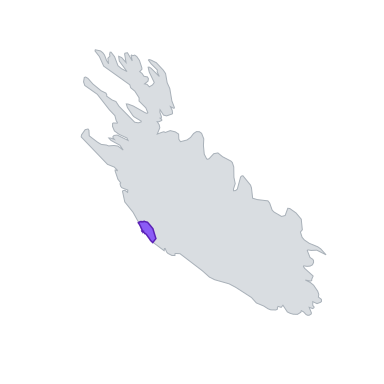 location of Mýrdalshreppur, Suðurland, Iceland, rotated 48°
{"feature_id": "244011B6689541001554", "entity_name": "Mýrdalshreppur", "entity_type": "district", "adm_level": 2, "iso_a3": "ISL", "parent_name": "Iceland", "parent_adm1": "Suðurland", "projection": "natural_earth1", "projection_center": [-19.16, 63.515], "detail": "fine", "context": "in_parent", "style": "filled", "palette": "violet", "viewbox_px": 384, "rotation_deg": 48, "n_neighbors": 0, "source": "geoboundaries", "source_scale": "gbopen_adm2", "svg_char_len": 5440}
<svg xmlns="http://www.w3.org/2000/svg" viewBox="0 0 384 384"><g transform="rotate(48 192 192)"><path d="M299.3,140.5L302.8,140.6L308.6,139.2L316.9,135.2L320.4,134.4L328.4,134.4L318.7,138.2L315.2,142.5L312.6,144.6L312.6,145.5L319.6,148.1L322.9,147.3L324.3,147.6L325.7,148.8L326.7,151.2L326.1,153.8L324.2,156.3L321.6,158.4L322.0,159.1L324.2,159.4L335.5,158.2L336.9,161.3L337.9,162.3L337.6,163.4L333.2,166.7L338.5,164.6L342.7,164.0L349.9,165.0L352.9,166.3L354.7,168.4L358.3,167.7L359.9,168.9L360.0,170.2L358.6,173.8L354.3,175.6L357.0,178.1L359.2,178.2L359.6,178.8L359.4,180.3L356.1,182.1L361.6,184.1L362.4,184.9L362.1,187.1L361.2,188.4L359.6,189.2L355.7,189.3L353.3,190.2L354.2,191.6L353.5,195.5L350.5,198.6L347.7,200.3L344.9,201.4L337.0,200.2L337.4,202.9L334.6,204.6L335.2,206.1L336.2,206.8L335.8,208.6L332.3,212.3L329.8,213.6L324.7,215.0L317.5,218.4L310.2,218.4L292.1,223.3L285.0,225.9L272.3,233.9L266.9,236.0L257.6,237.0L229.8,242.2L226.7,245.3L226.5,246.0L227.8,247.2L225.7,249.4L221.5,251.0L219.5,251.0L216.0,249.7L215.6,250.3L217.0,252.0L203.3,254.7L184.4,253.3L167.7,249.4L154.4,248.6L145.0,243.2L144.8,242.4L145.8,240.8L149.2,240.1L147.6,238.4L141.9,241.3L140.1,241.2L137.7,240.0L137.6,238.9L132.9,238.5L124.8,235.0L124.2,234.3L126.2,233.2L125.8,232.9L121.4,233.1L114.9,236.3L76.9,237.5L75.6,235.8L74.2,229.7L75.6,227.1L77.2,227.3L81.5,230.8L91.7,228.9L95.9,227.6L99.8,224.2L102.0,223.1L105.2,218.9L108.3,216.3L114.8,215.1L109.0,214.3L99.4,217.7L96.2,217.7L97.7,216.2L101.0,214.5L98.8,214.4L97.9,213.7L97.8,212.1L99.6,209.5L110.9,205.0L108.3,204.2L100.4,207.6L94.7,208.8L90.1,207.2L87.9,205.1L88.1,204.2L90.8,201.5L90.4,200.9L88.5,200.7L83.6,198.2L75.6,198.4L56.0,197.0L41.1,200.4L37.6,198.9L34.8,195.4L35.4,194.1L38.0,193.3L45.3,193.4L56.0,191.8L60.9,189.8L62.8,190.3L63.6,191.3L70.2,189.8L73.8,188.0L79.6,188.9L101.8,187.9L104.7,185.6L105.9,182.9L105.4,182.3L97.2,184.8L95.4,184.8L86.0,183.5L82.6,181.9L83.8,180.7L88.8,178.1L101.6,173.8L103.4,172.9L103.6,171.8L98.6,170.0L89.0,170.5L86.6,168.3L78.8,167.0L73.5,167.8L70.7,166.5L39.4,173.4L29.4,170.2L22.3,169.7L21.6,168.7L25.9,165.6L28.8,165.1L31.7,165.4L37.1,167.5L40.9,168.2L36.3,165.0L36.1,162.0L34.7,161.3L33.3,159.3L33.9,158.6L39.6,159.0L48.6,162.5L53.1,161.9L59.0,159.7L46.0,158.4L42.1,155.7L45.0,154.3L51.7,154.4L44.3,149.7L44.0,148.9L45.3,146.8L54.6,148.7L49.8,145.9L49.7,145.3L51.1,144.8L51.9,143.0L54.3,142.4L59.0,143.0L66.2,146.2L67.3,147.1L67.5,150.3L70.4,149.8L73.8,150.3L76.7,148.1L78.7,148.6L80.2,150.6L79.9,154.9L81.9,153.4L85.3,153.3L86.0,149.7L85.4,146.8L74.2,143.5L69.9,141.1L70.4,140.3L72.6,139.6L84.3,139.0L79.4,137.5L78.1,136.1L69.3,136.6L64.8,136.1L64.8,135.3L66.5,134.2L72.0,132.0L82.2,131.8L86.3,132.4L94.1,137.3L100.3,139.3L110.8,146.0L117.5,148.6L117.8,149.3L116.7,150.0L114.1,150.9L118.1,152.1L120.5,153.8L120.7,154.6L118.4,160.0L115.8,161.7L109.5,160.7L111.0,162.4L115.5,164.3L116.5,165.3L115.8,166.3L117.9,166.0L118.6,166.6L117.6,169.7L116.4,170.8L120.1,171.4L122.7,172.9L125.7,179.1L127.5,174.4L128.4,172.6L129.9,172.0L131.8,167.1L136.1,164.2L140.0,163.2L144.0,166.5L146.9,166.9L150.0,160.9L150.5,156.5L149.6,151.7L150.1,148.3L152.1,146.2L154.8,145.6L160.4,147.7L165.1,152.4L172.1,157.6L177.0,158.9L177.9,158.8L178.7,157.1L178.1,150.2L180.3,146.6L186.2,145.7L195.0,142.4L197.0,142.3L201.3,144.2L209.1,151.0L214.7,154.3L217.6,159.3L218.9,160.3L220.1,158.7L220.2,156.4L213.4,145.9L213.3,144.5L214.0,143.3L226.1,143.9L228.8,145.1L237.2,151.1L241.3,148.6L249.4,141.5L252.2,141.7L259.2,144.6L262.0,144.4L270.1,141.8L271.8,138.5L268.2,131.7L269.7,130.4L277.2,128.7L285.3,129.0L293.9,135.3L294.3,138.2L299.3,140.5Z" fill="#d9dde1" stroke="#a8b0b8" stroke-width="1"/><path d="M203.3,255.0L202.6,250.9L202.5,250.0L197.7,247.8L193.1,245.6L188.7,245.4L184.7,245.3L181.9,247.2L181.7,247.2L181.7,247.3L181.6,247.5L181.5,247.8L181.5,248.0L181.4,248.0L181.2,248.2L181.1,248.3L181.1,248.5L181.0,248.8L180.9,248.9L180.9,249.0L180.7,249.3L180.4,249.3L180.2,249.4L180.0,249.5L179.9,249.5L179.7,249.7L179.7,249.8L179.6,250.0L179.5,250.3L179.5,250.5L179.4,250.7L179.4,250.8L179.2,250.8L179.1,251.0L179.0,251.4L179.0,251.5L179.0,251.8L178.9,251.9L178.9,252.1L178.9,252.4L178.9,252.5L179.2,252.5L179.3,252.6L179.5,252.6L179.8,252.6L180.0,252.6L180.4,252.7L180.6,252.7L180.8,252.7L180.9,252.8L181.0,252.8L181.5,252.9L181.9,253.0L182.0,253.0L182.6,253.2L183.1,253.3L183.3,253.4L183.8,253.5L184.0,253.6L184.3,253.7L184.4,253.8L184.6,253.8L184.8,253.9L185.0,253.9L185.1,254.0L185.4,254.1L185.5,254.1L185.9,254.2L186.0,254.2L186.4,254.4L187.1,254.6L187.4,254.7L187.6,254.7L187.8,254.8L188.0,254.8L188.3,254.9L188.3,255.0L188.4,254.9L188.5,254.9L188.8,254.9L189.0,254.9L189.3,254.8L189.4,254.7L189.5,254.7L190.0,254.8L190.3,254.8L190.6,254.8L190.9,254.8L191.0,254.8L191.3,254.9L191.5,254.7L191.7,254.4L191.9,254.4L192.0,254.4L192.4,254.4L192.6,254.4L193.0,254.3L193.3,254.3L193.5,254.4L193.8,254.4L194.1,254.4L194.5,254.5L195.1,254.5L195.3,254.5L195.5,254.6L195.8,254.7L196.0,254.7L196.4,254.7L196.5,254.7L196.8,254.7L197.3,254.8L197.5,254.8L197.8,254.9L198.3,254.9L198.5,254.9L198.7,255.0L198.8,255.0L199.2,255.0L199.4,255.1L199.5,255.1L199.8,255.1L200.0,255.2L200.3,255.2L200.5,255.2L201.0,255.2L201.3,255.2L201.5,255.2L202.3,255.1L202.9,255.1L203.1,255.0L203.3,255.0ZM189.0,255.1L188.9,255.0L189.0,255.0L189.0,255.1ZM188.4,255.3L188.4,255.2L188.3,255.3L188.4,255.3ZM188.1,255.0L188.1,254.9L188.0,255.0L188.1,255.0Z" fill="#8b5cf6" stroke="#5b21b6" stroke-width="1.5"/></g></svg>